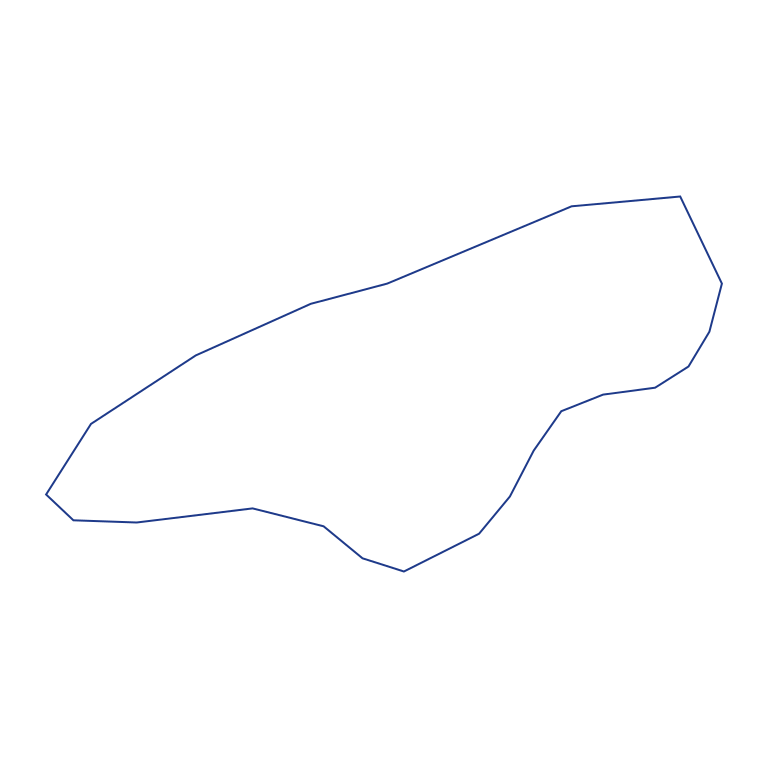 SVG path tracing the border of Rota
{"feature_id": "MNP-4937", "entity_name": "Rota", "entity_type": "state/province", "adm_level": 1, "iso_a3": "MNP", "parent_name": "Northern Mariana Islands", "parent_adm1": "", "projection": "mercator", "projection_center": [145.214, 14.157], "detail": "fine", "context": "isolated", "style": "outline", "palette": "blue", "viewbox_px": 768, "rotation_deg": 0, "n_neighbors": 0, "source": "natural_earth", "source_scale": "10m", "svg_char_len": 400}
<svg xmlns="http://www.w3.org/2000/svg" viewBox="0 0 768 768"><path d="M387.2,283.6L571.6,206.3L680.2,196.5L721.9,283.6L709.4,331.7L688.5,366.5L655.1,387.7L603.1,394.6L561.3,411.2L533.7,450.6L509.9,496.5L479.1,533.7L403.9,571.5L362.5,558.3L323.6,526.3L252.6,508.4L136.7,522.5L73.4,520.3L46.1,494.5L91.0,423.9L195.8,355.4L310.8,303.8L387.2,283.6Z" fill="none" stroke="#1e3a8a" stroke-width="2"/></svg>